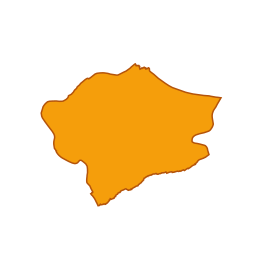 outline of Lamduan, Surin, Thailand, rotated 217°
{"feature_id": "78962969B18818398645173", "entity_name": "Lamduan", "entity_type": "district", "adm_level": 2, "iso_a3": "THA", "parent_name": "Thailand", "parent_adm1": "Surin", "projection": "orthographic", "projection_center": [103.663, 14.716], "detail": "fine", "context": "isolated", "style": "filled", "palette": "amber", "viewbox_px": 256, "rotation_deg": 217, "n_neighbors": 0, "source": "geoboundaries", "source_scale": "gbopen_adm2", "svg_char_len": 5436}
<svg xmlns="http://www.w3.org/2000/svg" viewBox="0 0 256 256"><g transform="rotate(217 128 128)"><path d="M186.3,79.7L184.1,78.8L183.4,78.5L182.2,77.7L181.6,77.1L180.9,76.3L180.4,75.4L179.2,72.8L178.5,71.7L177.6,70.5L176.2,69.1L174.4,67.4L173.9,67.2L173.6,67.2L173.4,67.3L173.1,67.2L172.1,66.6L171.8,66.7L171.3,66.6L171.2,66.0L170.2,65.5L168.3,64.9L166.8,64.6L165.6,64.5L164.1,64.4L162.4,64.5L157.7,65.2L154.8,65.7L151.5,66.5L149.8,67.2L149.0,67.6L148.5,68.1L148.0,68.7L147.7,69.2L147.4,69.8L147.3,70.7L147.2,72.3L147.1,73.0L146.8,73.4L146.1,73.9L145.5,74.1L145.3,74.1L142.9,74.1L141.2,74.0L140.0,73.9L139.1,73.5L138.0,73.1L137.4,72.7L135.6,70.8L133.4,67.9L132.2,65.6L131.6,64.7L130.1,62.2L129.0,60.7L128.1,59.8L127.7,59.6L127.2,59.4L124.9,59.0L123.6,58.8L120.8,57.2L118.1,56.0L117.6,55.7L117.9,54.8L117.6,54.7L117.9,53.7L118.2,53.1L117.1,52.7L116.5,52.6L115.8,52.6L114.8,52.3L112.8,51.7L111.1,51.0L108.6,49.7L107.5,49.2L105.1,47.9L104.7,48.4L104.2,48.9L104.2,49.4L104.3,50.4L104.2,50.5L104.1,50.4L103.8,50.2L103.6,50.2L103.0,50.8L102.7,51.0L102.5,51.6L102.0,51.8L101.6,52.8L101.3,52.8L101.2,52.9L100.7,53.5L100.3,53.3L100.0,53.7L100.0,53.9L99.9,54.1L99.9,54.8L99.6,55.1L99.6,55.5L99.4,55.8L99.4,56.0L99.3,56.4L99.4,56.8L99.3,57.9L99.2,59.0L99.5,59.2L99.3,59.4L99.3,59.8L99.4,60.0L99.4,60.3L99.7,60.9L99.5,61.0L99.3,60.8L98.6,60.8L98.1,61.5L98.0,61.9L97.3,62.8L97.4,63.1L96.9,63.5L97.1,64.0L97.0,64.3L97.0,64.6L97.1,65.2L96.8,65.8L96.7,65.9L96.8,66.0L97.1,66.2L97.1,66.8L97.2,67.1L96.8,68.4L96.5,68.9L96.6,69.4L96.8,69.7L96.8,69.9L96.4,70.6L96.2,71.4L95.8,71.4L95.7,71.5L95.6,72.5L95.7,72.9L95.7,73.3L95.8,73.6L95.6,73.8L95.5,74.1L94.9,75.1L94.4,75.7L94.4,76.0L94.0,76.5L93.7,77.3L93.3,77.9L93.1,78.2L92.7,78.1L92.2,78.2L91.1,78.4L90.9,78.6L90.7,78.6L90.4,78.4L90.2,78.6L89.9,78.7L89.8,79.0L89.2,79.8L89.1,80.4L88.8,80.3L88.6,80.3L88.5,80.8L88.1,81.2L88.2,81.3L88.6,81.3L88.0,82.7L87.7,83.4L87.6,83.8L87.1,84.6L87.0,85.2L86.7,85.6L86.6,86.3L85.3,87.8L85.3,88.0L85.5,88.4L85.4,88.9L85.5,89.3L85.1,90.2L85.0,91.1L84.5,92.4L84.5,92.6L84.6,92.8L84.6,93.3L84.5,94.5L84.3,95.0L84.5,95.7L84.3,96.0L84.6,96.4L84.9,97.6L84.6,97.9L84.5,98.2L84.2,99.0L84.3,99.3L84.2,99.6L83.8,100.1L83.9,100.4L83.5,100.9L83.4,101.2L83.1,101.3L83.3,101.6L83.1,101.9L83.1,102.1L82.5,102.7L82.4,103.0L82.2,103.0L81.6,104.0L80.8,104.7L80.8,104.9L81.0,105.0L80.4,105.9L80.3,106.4L79.3,107.0L79.2,107.3L78.4,108.0L78.3,108.5L78.1,108.5L77.8,108.7L77.6,108.5L77.3,108.5L77.1,108.7L76.7,108.8L76.2,109.1L75.9,109.6L75.8,109.9L75.5,110.3L75.2,110.7L74.8,110.9L74.6,111.3L74.1,112.1L74.0,112.6L73.7,112.7L73.4,113.1L73.0,113.2L72.8,113.6L72.0,114.3L71.3,115.7L69.8,115.2L68.2,117.8L66.8,119.3L66.7,119.4L65.9,119.1L65.2,120.0L64.9,120.1L64.6,120.4L64.5,120.9L64.0,121.2L63.9,121.6L63.5,122.0L62.5,123.3L62.4,123.4L61.8,123.5L61.4,123.8L60.8,124.8L60.5,124.7L60.4,124.7L60.1,125.2L59.7,125.6L59.5,125.9L59.4,126.5L58.7,127.5L58.5,127.8L58.4,128.0L58.0,128.0L57.5,127.9L57.4,127.9L57.0,128.8L56.9,129.3L56.5,130.7L55.9,131.9L55.8,132.0L55.4,131.8L54.5,134.1L54.1,135.9L53.5,137.5L52.4,139.2L52.3,139.5L52.9,139.7L52.5,140.7L52.4,141.8L52.2,143.0L52.4,143.2L52.4,143.4L52.4,144.3L52.3,144.8L51.7,146.0L51.3,146.8L51.1,146.9L49.8,149.0L49.4,149.5L49.1,150.5L48.6,151.1L47.3,155.5L50.9,158.1L52.2,159.3L53.1,159.8L53.8,160.1L54.7,160.3L55.6,160.4L56.2,160.3L57.3,159.9L61.2,158.3L63.4,157.3L65.2,156.3L66.1,155.9L67.2,155.7L68.0,155.6L68.4,155.6L68.8,155.9L69.3,156.5L69.9,157.4L70.6,159.1L70.6,159.4L70.5,160.9L70.2,161.9L70.0,162.5L69.5,163.5L68.8,164.5L67.4,166.5L65.9,168.3L64.5,169.9L62.5,172.8L61.6,174.2L61.2,175.4L61.1,176.1L61.1,177.6L61.3,179.6L61.6,180.8L62.0,181.9L62.3,182.5L66.7,186.7L68.2,188.4L69.3,190.3L70.0,192.4L70.3,193.7L70.4,195.0L70.5,197.6L71.0,200.5L71.9,208.1L74.6,206.6L76.4,205.5L81.1,203.1L82.5,202.5L87.0,199.6L96.7,194.2L101.4,192.1L103.5,191.2L114.3,187.8L116.9,187.0L120.8,186.4L125.5,186.1L129.9,186.0L133.6,185.9L139.7,186.4L142.8,186.4L144.0,186.4L145.1,186.6L145.3,186.7L146.6,188.2L147.0,188.4L147.7,188.5L147.9,188.4L148.1,188.3L148.0,187.6L148.0,187.4L148.6,186.8L148.8,186.3L149.1,186.1L149.3,185.8L149.6,185.9L149.4,186.4L149.5,186.6L150.0,186.7L151.0,186.1L151.2,186.4L151.4,186.4L151.6,185.7L152.0,185.7L152.2,184.8L152.5,184.2L153.0,184.4L153.3,183.9L153.3,183.4L153.5,182.7L153.8,182.2L154.2,182.5L155.2,183.1L155.3,183.2L155.3,183.7L155.6,183.9L155.7,184.2L156.1,184.3L156.3,184.3L156.6,184.0L157.0,184.4L158.0,183.7L158.1,183.4L158.1,183.2L158.7,182.9L159.1,182.6L159.3,182.7L159.5,182.9L159.9,183.4L160.2,183.4L160.8,183.6L161.1,182.9L161.9,179.6L162.2,178.3L162.2,177.6L162.7,175.8L163.0,174.9L163.3,173.9L163.8,172.3L165.1,169.9L167.6,164.8L168.1,164.1L168.6,163.6L169.3,163.2L174.5,160.4L176.9,159.5L179.8,157.9L181.2,157.0L183.4,155.2L185.7,153.0L186.8,151.2L187.8,147.3L188.0,146.5L188.9,143.7L189.4,143.7L189.9,143.5L190.4,143.1L190.7,142.5L191.3,140.9L192.1,137.3L192.5,135.8L192.7,134.9L192.6,133.9L192.7,132.9L192.9,132.2L193.3,130.3L193.2,129.8L192.9,128.7L193.1,127.9L193.4,126.4L193.4,125.4L193.2,123.7L193.5,121.7L193.4,121.0L193.5,120.9L193.8,120.4L194.1,119.6L194.8,118.3L194.9,117.8L194.5,117.0L194.3,116.3L194.3,115.4L194.6,113.6L195.9,110.6L196.7,109.7L199.0,107.9L201.7,106.3L204.8,103.8L206.8,102.1L207.9,100.7L208.1,100.3L208.5,98.5L208.7,97.2L208.7,95.6L208.6,93.9L206.3,87.7L204.0,85.5L202.3,84.5L198.2,83.1L192.8,81.5L188.5,80.3L186.3,79.7Z" fill="#f59e0b" stroke="#b45309" stroke-width="1.5"/></g></svg>